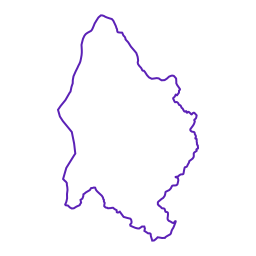 Viengkham, Louangphrabang, Laos (Natural Earth projection)
{"feature_id": "54806243B97421577673591", "entity_name": "Viengkham", "entity_type": "district", "adm_level": 2, "iso_a3": "LAO", "parent_name": "Laos", "parent_adm1": "Louangphrabang", "projection": "natural_earth1", "projection_center": [103.07, 20.384], "detail": "fine", "context": "isolated", "style": "outline", "palette": "violet", "viewbox_px": 256, "rotation_deg": 0, "n_neighbors": 0, "source": "geoboundaries", "source_scale": "gbopen_adm2", "svg_char_len": 5115}
<svg xmlns="http://www.w3.org/2000/svg" viewBox="0 0 256 256"><path d="M197.4,148.7L197.9,148.5L198.0,148.1L198.0,147.6L197.8,145.7L197.7,145.7L197.2,144.8L196.9,144.0L197.0,143.0L196.7,141.9L196.7,140.0L196.6,139.0L196.3,138.7L195.6,138.7L195.4,138.5L195.4,138.0L195.8,137.1L195.9,136.6L195.7,135.5L195.0,134.5L194.8,134.0L194.7,133.0L194.4,132.4L193.9,132.0L193.0,131.8L192.1,131.7L191.6,131.5L190.8,130.9L190.4,130.3L190.3,129.7L190.4,129.1L193.0,125.6L193.9,124.1L194.5,122.5L194.7,121.8L194.8,121.2L194.3,120.5L194.3,120.0L194.4,119.7L195.5,118.8L195.9,118.3L196.2,117.6L196.3,117.1L196.6,115.7L196.6,115.3L194.7,113.2L194.2,112.8L193.8,112.7L193.1,113.0L192.7,113.2L191.8,114.3L191.5,114.4L191.0,114.1L190.7,113.7L189.2,112.2L188.6,111.9L188.2,111.9L187.8,112.3L187.5,112.6L187.0,112.7L186.8,112.6L186.5,111.6L186.2,111.2L185.9,111.2L185.6,111.6L185.1,111.7L184.2,111.3L183.9,110.9L182.6,108.5L182.0,108.1L181.5,107.6L181.2,106.8L180.7,105.7L180.1,105.2L179.5,105.1L179.0,104.8L178.8,104.4L178.3,103.3L177.4,102.4L176.9,102.1L176.4,102.0L175.5,102.2L175.1,102.2L174.8,101.9L174.5,101.5L173.7,99.7L173.2,98.8L173.2,98.2L173.4,97.8L173.6,97.7L174.4,97.0L175.1,96.0L175.6,94.8L175.8,94.6L176.1,94.7L176.7,95.2L177.1,95.2L177.3,94.9L178.0,93.9L178.8,92.9L179.0,92.1L179.0,91.4L179.0,90.7L179.3,90.3L179.7,90.0L180.0,89.2L179.1,87.8L177.2,85.1L176.3,83.3L176.3,81.5L176.1,78.5L175.2,77.4L173.8,75.9L172.5,75.6L171.4,75.7L169.1,76.6L166.8,78.7L164.6,80.1L161.6,80.3L159.8,79.2L158.8,78.4L156.7,78.1L154.1,78.5L151.8,78.8L149.0,77.4L147.0,75.2L144.9,71.9L143.8,70.7L142.6,70.6L142.0,69.8L141.7,68.9L141.1,67.9L139.1,65.7L138.0,64.0L137.7,62.3L138.1,60.7L138.0,59.3L137.6,56.7L136.3,53.0L135.0,51.4L132.7,48.7L130.9,46.6L128.2,42.3L125.7,39.6L125.5,39.3L125.5,38.5L124.7,36.8L123.4,35.5L122.6,33.6L122.2,32.7L121.7,32.6L120.6,32.6L118.7,32.4L118.1,32.3L117.6,32.0L117.2,31.0L117.1,29.7L117.0,29.1L116.5,28.2L115.9,26.2L115.4,25.1L113.3,20.7L111.8,19.0L110.0,18.5L107.0,17.5L105.3,16.8L103.8,15.9L102.1,15.4L100.8,15.4L99.8,16.3L98.7,17.2L97.9,18.2L97.2,19.4L96.4,20.6L95.4,22.3L94.7,23.4L93.5,26.4L93.0,27.5L92.8,28.0L92.7,28.2L92.7,28.3L92.4,28.8L92.1,29.5L91.6,30.2L91.0,30.9L89.7,31.6L87.5,32.8L85.7,34.1L84.4,35.8L83.0,38.8L82.4,41.1L81.9,43.1L81.5,44.9L81.6,46.5L81.7,48.4L81.8,50.3L81.8,52.6L81.6,55.0L81.4,56.2L81.1,57.9L80.7,59.9L80.3,61.6L79.6,63.4L78.4,65.7L77.5,67.7L75.6,71.5L73.5,76.3L72.8,80.1L72.7,83.4L71.9,85.6L71.4,87.3L70.5,91.6L69.6,92.8L65.4,100.1L60.6,106.0L58.0,109.8L59.9,116.5L62.8,121.0L68.3,127.7L71.8,132.0L74.1,143.4L75.3,153.6L74.2,155.2L66.3,167.9L63.1,179.0L64.6,180.6L65.9,181.7L66.8,183.0L66.9,185.1L67.3,187.1L67.5,190.0L67.0,194.1L67.1,198.3L66.4,201.6L65.7,203.4L65.2,204.4L65.6,205.2L68.0,205.6L69.8,207.4L71.8,208.5L73.8,208.3L76.5,206.6L79.6,205.2L80.5,203.5L81.1,202.7L80.5,199.9L82.4,198.6L83.3,196.1L83.4,194.3L84.5,193.6L85.9,192.4L88.1,191.1L89.8,190.1L91.1,188.1L92.8,187.9L94.0,187.5L95.2,187.7L95.6,189.0L96.2,190.2L97.2,191.4L99.1,193.2L101.8,195.7L103.0,197.6L103.3,199.1L103.9,199.8L103.9,201.5L104.7,203.0L104.4,204.3L104.2,206.1L104.9,206.9L106.1,207.7L107.3,207.8L108.0,208.3L108.9,208.2L110.6,208.1L112.1,207.8L113.1,207.8L114.6,209.1L115.6,209.6L116.6,210.2L116.8,212.2L117.4,212.5L118.6,212.4L119.8,211.7L123.6,216.9L127.1,217.9L130.4,218.7L131.2,219.9L131.6,222.0L131.3,223.3L130.2,224.5L130.4,225.7L132.8,226.8L135.2,227.8L137.4,228.4L139.1,228.5L140.8,227.4L142.0,226.5L144.3,226.5L144.9,228.5L144.4,230.9L148.2,233.4L149.8,233.3L150.7,234.1L150.8,235.9L151.7,238.8L152.2,240.6L154.0,240.5L155.5,239.4L156.8,238.2L157.6,237.3L159.9,237.6L162.0,238.0L164.9,237.9L165.0,237.6L165.4,237.2L166.7,236.3L168.1,235.5L169.9,234.5L170.3,234.3L171.0,233.1L171.2,232.2L171.7,230.5L172.5,229.0L173.2,228.0L174.0,226.2L175.5,222.3L175.7,221.4L175.6,221.2L175.3,221.2L175.0,221.3L173.8,222.8L173.4,223.0L172.8,222.9L172.1,222.6L171.2,222.0L170.4,221.5L169.1,221.0L168.7,220.7L167.9,219.8L167.7,219.4L167.6,218.7L167.6,217.8L167.8,216.6L168.0,214.4L167.9,212.8L167.6,212.4L167.1,212.1L165.6,211.8L165.4,211.6L165.1,210.5L164.6,209.0L164.3,208.7L163.7,208.4L162.1,208.3L161.7,208.1L160.8,207.0L160.0,206.4L159.7,206.2L159.5,205.9L159.3,205.7L159.1,205.7L158.8,205.6L158.5,205.1L158.2,204.8L157.9,204.5L157.9,203.7L157.8,202.9L158.0,202.1L158.4,201.6L160.2,200.1L161.5,199.0L163.2,197.9L163.8,197.1L164.7,195.8L165.2,194.1L165.5,192.1L165.9,191.7L167.3,191.0L169.2,190.1L170.1,189.2L170.8,188.4L171.8,186.4L172.2,185.8L172.7,185.6L173.3,185.5L175.9,185.4L177.1,184.7L177.5,184.1L177.9,182.4L178.3,180.5L178.2,179.3L177.9,178.2L177.4,177.7L176.1,177.4L175.7,177.2L175.7,176.9L176.1,176.8L177.9,176.5L178.2,176.3L179.3,175.3L180.4,174.6L181.0,174.4L182.6,174.3L183.1,174.1L183.4,173.8L183.6,173.0L184.1,170.0L184.6,167.8L184.8,167.4L185.1,167.2L186.0,167.0L186.7,166.7L187.2,166.0L187.7,164.8L187.9,164.4L188.9,162.7L189.2,161.6L189.4,161.0L190.0,160.6L192.6,158.6L193.3,157.6L193.7,156.8L193.8,155.5L193.7,153.7L193.9,153.1L194.3,152.5L195.4,151.7L196.6,150.9L196.7,150.6L196.4,149.5L196.6,149.2L197.1,148.9L197.4,148.7Z" fill="none" stroke="#5b21b6" stroke-width="2"/></svg>